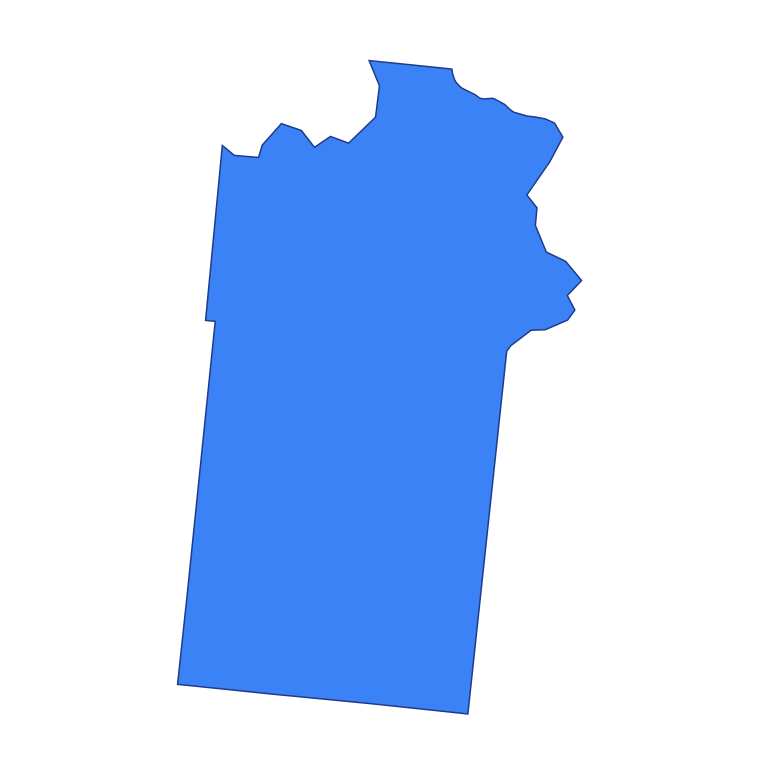 Trempealeau, Wisconsin, United States of America (Equal Earth projection), rotated 186°
{"feature_id": "52423323B76449700751591", "entity_name": "Trempealeau", "entity_type": "district", "adm_level": 2, "iso_a3": "USA", "parent_name": "United States of America", "parent_adm1": "Wisconsin", "projection": "equal_earth", "projection_center": [-91.426, 44.291], "detail": "fine", "context": "isolated", "style": "filled", "palette": "blue", "viewbox_px": 768, "rotation_deg": 186, "n_neighbors": 0, "source": "geoboundaries", "source_scale": "gbopen_adm2", "svg_char_len": 814}
<svg xmlns="http://www.w3.org/2000/svg" viewBox="0 0 768 768"><g transform="rotate(186 384 384)"><path d="M266.1,64.6L265.4,429.4L261.9,435.4L243.3,452.9L229.4,454.8L208.1,466.8L201.9,477.5L211.0,491.2L198.3,507.5L216.2,525.0L236.4,532.2L250.0,557.5L250.3,575.2L261.7,586.9L242.3,622.4L231.9,648.2L241.7,661.3L251.3,664.5L262.0,665.4L269.6,665.4L283.5,667.9L287.5,670.2L293.3,674.7L304.6,679.3L306.6,679.4L314.6,677.9L318.6,678.3L323.6,681.2L337.2,686.3L339.7,687.9L343.6,691.2L345.7,694.2L348.3,699.9L349.1,703.4L349.5,704.3L432.6,704.1L419.7,680.1L420.3,648.5L444.4,619.8L463.1,624.6L477.9,612.1L492.7,627.5L513.3,632.2L530.1,608.8L532.4,596.2L556.7,595.7L569.7,604.3L568.1,428.6L558.4,428.7L557.7,154.6L557.9,63.7L460.9,63.9L363.6,64.7L266.1,64.6Z" fill="#3b82f6" stroke="#1e3a8a" stroke-width="1.5"/></g></svg>